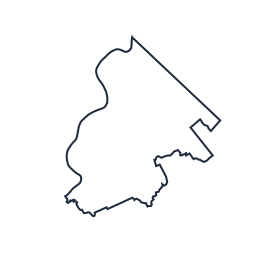 Libertador General San Martín, Misiones, Argentina (orthographic projection), rotated 335°
{"feature_id": "61730980B51540012847440", "entity_name": "Libertador General San Martín", "entity_type": "district", "adm_level": 2, "iso_a3": "ARG", "parent_name": "Argentina", "parent_adm1": "Misiones", "projection": "orthographic", "projection_center": [-54.98, -26.87], "detail": "fine", "context": "isolated", "style": "outline", "palette": "slate", "viewbox_px": 256, "rotation_deg": 335, "n_neighbors": 0, "source": "geoboundaries", "source_scale": "gbopen_adm2", "svg_char_len": 4260}
<svg xmlns="http://www.w3.org/2000/svg" viewBox="0 0 256 256"><g transform="rotate(335 128 128)"><path d="M170.1,47.6L169.8,48.0L168.9,49.3L168.5,50.2L168.2,50.5L167.8,51.3L167.6,51.7L167.4,52.0L167.0,52.7L167.0,52.9L165.9,54.9L165.3,56.1L165.0,56.4L164.4,57.0L163.9,57.4L163.2,57.7L162.6,58.1L161.7,58.3L161.3,58.4L160.9,58.5L159.7,58.4L159.2,58.4L158.8,58.2L158.2,58.0L157.6,57.6L157.0,57.1L156.6,56.7L156.4,56.4L154.8,54.5L153.6,53.4L151.5,52.0L150.6,51.8L149.4,51.6L147.6,51.6L145.8,51.7L143.8,51.9L142.4,52.3L141.3,52.6L139.0,53.5L138.0,53.9L136.1,54.5L134.2,55.1L132.1,55.9L131.3,56.3L130.7,56.6L129.0,57.7L127.3,58.8L125.6,60.1L124.2,61.3L123.6,62.2L123.1,63.2L122.8,64.1L122.4,65.0L122.2,66.0L122.1,67.4L121.9,69.0L122.1,70.9L122.1,71.7L122.3,72.7L122.4,73.1L122.5,73.9L122.9,75.3L123.1,76.2L123.4,78.2L123.4,78.8L123.4,79.3L123.5,80.1L123.5,82.5L123.5,86.2L123.0,88.2L122.9,88.4L122.8,89.2L122.6,89.9L122.4,90.6L122.2,91.2L122.1,91.7L121.9,92.3L121.6,92.9L121.4,93.3L121.2,93.7L120.9,94.3L120.5,94.9L120.1,95.7L119.7,96.4L117.9,97.9L116.5,98.8L115.7,99.1L115.1,99.3L114.5,99.4L113.4,99.4L111.1,99.2L110.1,99.1L109.4,99.1L108.7,99.0L107.7,98.9L107.1,98.8L106.2,98.8L105.2,98.8L104.4,98.8L103.5,98.7L102.5,98.8L101.5,98.9L100.7,98.9L99.9,99.0L98.9,99.1L98.2,99.2L97.4,99.3L96.6,99.6L95.8,99.8L95.0,100.0L94.7,100.2L92.9,100.6L91.7,101.0L89.4,101.8L87.6,102.6L86.7,103.5L85.7,104.3L85.1,104.9L84.5,105.5L83.9,106.2L83.2,107.0L82.8,107.7L82.1,108.7L81.7,109.3L81.2,109.8L81.0,110.2L79.6,112.2L79.1,112.8L78.4,113.8L77.7,114.7L77.6,114.9L76.3,116.0L75.5,116.5L74.5,117.1L72.4,117.7L71.2,118.3L70.1,118.9L69.6,119.1L69.0,119.4L68.3,119.9L67.4,120.4L66.9,120.7L65.9,121.4L64.8,122.0L63.4,123.3L62.8,124.0L61.7,125.6L61.0,126.6L60.7,127.3L60.3,128.2L59.9,129.0L59.8,129.5L59.2,130.9L59.0,132.0L58.8,133.1L58.6,134.1L58.3,135.0L58.3,135.9L58.3,137.1L58.5,138.1L58.6,138.3L59.0,139.9L59.3,140.6L59.7,141.7L60.2,142.6L60.5,143.7L60.8,144.4L61.0,144.8L61.7,146.1L62.1,147.0L62.6,147.9L63.2,148.6L63.8,149.5L64.3,150.4L64.5,150.9L64.7,151.2L64.7,152.2L64.6,152.6L64.4,153.3L64.1,154.3L63.4,155.4L62.3,156.7L61.1,157.5L60.3,157.8L59.1,158.1L58.0,158.4L56.9,158.5L55.5,158.8L54.7,159.0L53.3,159.4L52.1,159.7L51.3,160.1L50.2,160.6L48.9,161.3L47.9,161.7L46.4,162.3L44.6,163.0L44.1,163.1L42.9,163.4L42.3,163.3L42.3,164.5L42.3,164.8L43.0,166.2L43.0,166.3L42.9,166.9L42.7,167.9L42.0,168.4L41.2,169.0L41.9,170.6L43.0,170.4L43.8,170.3L45.3,169.3L46.3,170.5L47.8,169.9L49.1,170.5L48.1,172.0L49.9,172.5L50.4,174.0L49.8,174.5L49.0,175.1L49.1,175.9L49.2,176.5L49.2,176.9L49.2,178.7L49.2,178.8L49.4,179.6L49.5,180.1L49.6,180.4L50.2,182.2L51.8,182.7L51.8,184.6L52.1,186.4L53.6,187.2L55.5,187.4L57.2,188.0L57.9,189.7L58.4,191.6L59.2,193.2L60.5,193.4L61.4,192.4L62.0,190.6L63.8,190.7L74.9,190.8L75.0,190.8L75.1,192.8L102.4,193.0L103.1,194.2L103.3,196.0L104.8,195.5L106.0,195.8L107.1,197.3L108.2,198.9L108.3,200.1L108.4,200.8L109.7,201.8L111.0,203.0L111.3,203.1L112.7,203.8L112.6,204.3L112.5,205.0L112.4,205.5L112.5,207.4L113.7,207.5L114.2,207.6L115.7,208.4L117.2,207.5L117.4,205.7L118.3,204.4L119.7,204.0L120.0,203.9L121.0,203.6L120.7,201.8L121.8,200.7L123.6,201.1L125.2,200.9L126.0,198.2L128.9,198.7L130.6,197.1L133.1,196.1L134.8,195.2L135.3,193.5L136.1,195.3L136.2,195.5L136.6,195.4L138.7,195.3L140.8,193.4L141.9,188.3L141.4,176.5L141.4,176.0L141.3,175.5L141.3,174.6L139.8,174.5L139.3,174.5L137.4,174.4L138.5,167.9L139.6,168.4L140.4,167.5L141.5,166.5L143.4,166.2L144.4,167.4L145.8,169.1L146.5,169.2L147.0,169.2L148.9,169.2L150.6,169.4L150.8,169.4L152.6,169.8L154.3,170.7L156.1,170.4L157.9,169.7L159.6,168.8L163.9,169.1L164.6,171.7L165.0,172.9L163.8,174.5L164.7,175.4L164.8,175.5L170.0,175.4L169.1,177.4L173.0,177.1L173.3,178.7L174.3,184.0L175.0,184.0L176.1,183.9L177.6,184.8L178.4,186.4L180.0,187.3L181.4,189.7L182.7,190.9L186.0,190.8L187.8,190.1L189.5,189.5L191.4,189.1L192.2,188.9L193.2,188.7L185.4,156.1L184.9,154.0L197.0,150.6L197.4,152.1L197.5,154.0L197.8,155.8L198.5,157.5L199.9,158.7L201.0,160.3L200.8,162.1L201.2,164.0L201.8,165.8L212.9,160.9L214.8,160.1L214.2,158.7L213.2,156.1L193.1,105.6L179.3,70.8L177.8,66.9L175.4,61.0L175.2,60.5L174.8,59.4L173.1,55.3L172.4,53.5L172.3,53.1L170.5,48.8L170.1,47.8L170.1,47.6Z" fill="none" stroke="#1e293b" stroke-width="2"/></g></svg>